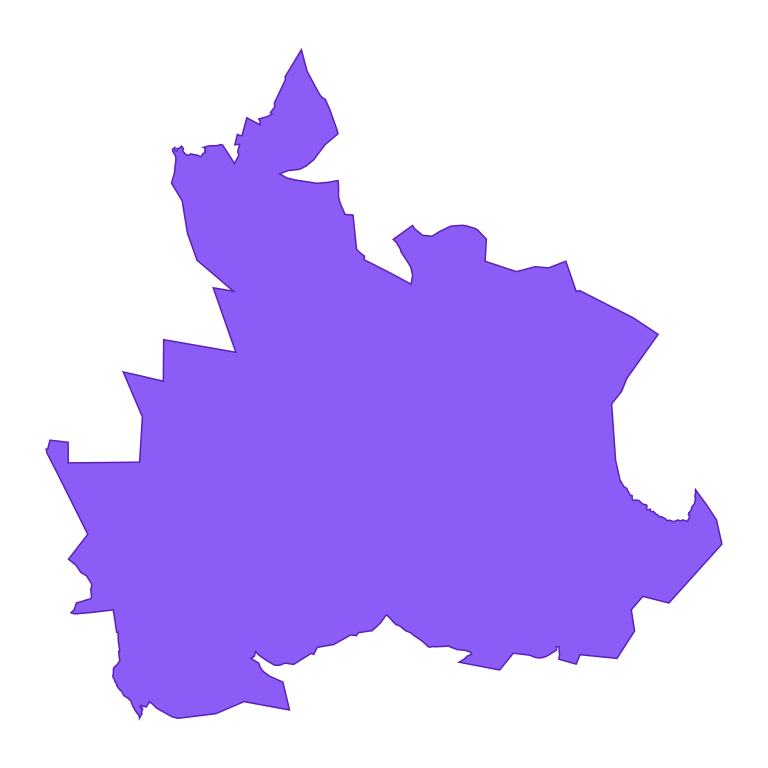 Zaragoza, San Luis Potosí, Mexico (Albers equal-area conic projection)
{"feature_id": "50627088B75959803312222", "entity_name": "Zaragoza", "entity_type": "district", "adm_level": 2, "iso_a3": "MEX", "parent_name": "Mexico", "parent_adm1": "San Luis Potosí", "projection": "albers", "projection_center": [-100.697, 22.039], "detail": "fine", "context": "isolated", "style": "filled", "palette": "violet", "viewbox_px": 768, "rotation_deg": 0, "n_neighbors": 0, "source": "geoboundaries", "source_scale": "gbopen_adm2", "svg_char_len": 6032}
<svg xmlns="http://www.w3.org/2000/svg" viewBox="0 0 768 768"><path d="M721.9,544.1L716.5,520.0L707.6,506.3L695.5,489.7L695.3,491.3L695.9,492.1L695.7,493.4L695.2,493.8L695.2,494.6L695.3,495.4L694.8,496.3L695.4,497.6L695.2,500.1L695.0,501.7L694.5,503.6L692.9,505.6L691.8,507.1L691.3,509.0L690.7,511.1L688.7,512.7L688.9,513.8L688.3,514.9L689.5,516.0L689.5,517.5L688.9,518.1L688.1,519.8L687.9,521.0L686.3,521.1L684.5,520.4L682.5,519.9L682.1,520.4L680.6,520.9L678.8,520.4L677.9,519.9L676.2,520.7L674.3,521.6L671.4,520.9L669.0,520.1L667.8,520.7L666.7,520.6L666.3,519.6L665.2,518.6L661.7,516.8L659.0,516.5L657.8,515.0L656.3,514.5L655.5,513.2L654.3,512.8L653.6,511.4L652.7,511.7L651.3,511.6L650.5,511.2L650.3,509.3L647.7,509.7L646.6,509.3L646.6,507.3L647.1,506.0L646.1,504.7L644.3,504.5L642.0,503.6L640.4,501.9L638.9,500.5L637.8,500.2L635.9,500.1L635.7,500.0L635.4,500.2L633.8,500.4L632.6,499.7L632.1,498.5L632.2,495.8L629.9,494.7L629.1,493.1L628.5,491.9L628.0,491.1L626.9,488.6L623.8,486.5L620.0,480.0L615.6,460.3L611.6,404.0L621.6,391.4L626.7,378.6L658.1,334.4L633.3,317.9L579.7,290.6L576.3,291.4L574.7,287.1L571.8,278.4L570.5,274.9L565.8,261.2L548.6,267.9L535.2,266.7L517.8,271.3L515.7,271.4L485.1,261.3L486.4,239.2L477.6,229.9L474.4,228.2L466.3,225.9L462.3,225.3L450.9,226.1L439.8,231.4L432.1,236.2L422.6,235.3L414.9,229.0L412.5,225.5L393.2,239.4L395.5,241.7L396.5,242.5L396.8,243.0L397.8,245.0L400.2,248.8L401.4,252.6L401.8,253.2L402.0,253.3L403.0,254.7L403.8,256.3L404.3,256.8L410.6,266.6L412.6,275.1L411.1,284.2L389.7,272.7L364.1,259.7L364.6,256.2L361.3,253.9L356.6,249.5L353.0,215.0L345.1,214.5L340.1,202.9L338.5,196.8L338.6,187.6L338.2,181.1L338.1,180.5L327.7,182.4L316.8,183.3L294.3,179.8L286.3,177.7L279.7,173.8L288.1,170.6L299.0,169.4L301.8,168.2L303.0,167.7L303.8,167.1L305.7,166.3L305.9,166.2L313.6,159.9L325.1,144.6L338.0,133.8L336.6,128.7L330.1,110.5L325.3,99.2L324.8,99.0L323.3,98.3L320.6,95.8L318.7,92.8L307.3,71.7L306.7,69.8L301.4,49.7L285.1,76.7L285.4,79.7L274.3,103.2L274.9,106.7L270.4,112.6L272.0,113.9L267.8,116.4L258.7,119.0L260.0,121.2L260.3,124.9L246.8,117.8L242.0,135.7L240.7,135.6L238.5,135.0L237.4,134.4L234.8,144.8L239.7,144.2L237.7,151.5L238.8,155.3L234.5,163.5L222.5,144.9L219.8,144.6L218.9,145.2L217.7,145.6L209.5,145.8L206.6,146.4L205.5,147.0L203.6,147.3L205.5,148.1L204.7,149.0L205.2,149.9L204.7,151.1L205.4,152.0L204.9,152.6L204.0,153.1L203.3,153.3L202.5,154.0L202.4,154.7L201.9,155.4L200.9,156.4L199.9,156.5L198.2,155.5L197.0,155.0L196.3,155.1L195.0,154.7L194.1,154.7L190.8,153.8L188.8,155.2L186.5,154.9L185.9,154.5L184.0,152.5L182.7,151.2L183.5,148.7L183.0,148.0L182.4,147.3L181.5,146.1L179.3,148.3L176.9,148.5L177.4,150.5L176.6,150.9L175.6,150.7L175.0,150.1L175.0,149.1L174.9,147.5L174.5,147.8L172.8,149.0L172.5,149.4L172.5,149.9L172.9,151.5L175.6,156.2L175.9,159.0L175.6,163.2L175.2,164.6L174.6,172.3L171.5,183.2L182.2,200.8L187.4,233.1L197.1,260.3L233.4,291.2L213.2,287.8L223.0,315.7L235.8,352.3L163.7,339.7L163.3,381.2L123.2,371.9L142.4,416.9L139.6,462.2L68.3,462.9L68.1,442.3L67.3,442.2L66.8,442.2L65.8,442.0L65.4,442.0L64.3,441.8L63.6,441.8L63.2,441.8L62.8,441.7L61.6,441.6L61.2,441.5L60.7,441.4L58.9,441.2L58.2,441.1L56.4,440.9L55.6,440.8L55.2,440.8L50.8,440.3L50.0,440.2L47.7,448.9L46.7,449.0L46.1,449.2L47.1,453.4L54.2,467.1L56.0,470.6L87.8,534.3L68.5,559.2L76.1,565.3L80.8,572.4L86.6,575.9L87.9,578.1L91.5,583.7L91.8,584.8L91.5,586.7L90.8,588.7L91.1,593.2L91.5,596.0L91.2,597.6L90.8,598.4L90.4,598.8L88.5,599.4L86.4,599.9L83.8,600.8L82.1,601.4L76.6,602.8L75.5,605.4L75.0,607.3L74.2,609.8L71.8,612.0L70.9,612.7L70.9,612.9L75.2,613.9L91.5,612.5L113.2,609.9L113.9,614.2L115.0,620.9L115.3,623.2L115.6,625.5L116.2,629.3L116.5,631.2L116.6,632.2L118.0,632.2L118.0,632.3L118.4,642.0L119.2,647.1L119.7,651.2L118.6,651.4L119.8,661.2L118.7,662.4L117.5,664.3L114.9,666.6L114.1,667.4L113.5,668.2L113.2,674.3L112.8,676.0L113.4,678.2L114.5,679.4L115.0,681.8L115.4,682.4L116.3,683.3L116.7,684.3L116.8,685.8L117.9,687.2L118.3,688.1L122.2,692.2L123.0,694.0L124.1,695.8L127.4,697.8L128.1,698.5L128.3,698.3L130.5,700.7L131.1,701.5L131.4,702.1L132.0,704.1L132.8,706.4L133.1,706.9L133.9,707.7L134.2,708.8L134.3,709.0L134.7,709.7L134.9,710.0L136.5,712.5L137.2,713.4L138.0,714.2L138.5,714.9L138.8,715.5L139.5,717.7L139.5,718.1L142.1,713.6L141.9,713.4L141.6,712.9L141.1,712.3L141.7,711.4L142.4,710.2L142.7,709.7L142.3,708.2L141.9,707.3L141.0,708.0L140.2,706.9L139.9,706.5L141.5,705.2L142.1,705.8L146.2,707.0L149.5,701.8L152.8,704.3L156.7,708.2L172.1,716.8L178.1,718.3L215.8,713.7L244.0,701.6L289.5,710.0L282.9,682.1L269.9,676.3L264.0,672.1L262.0,670.0L260.7,668.0L258.7,663.1L250.8,658.3L254.3,656.4L255.5,651.6L259.3,655.5L267.3,661.0L274.6,665.2L279.5,665.3L285.0,663.1L293.7,664.4L311.2,653.4L313.7,654.5L317.3,647.4L333.7,644.5L350.8,634.9L356.3,635.7L358.3,632.7L369.6,631.0L372.1,630.8L380.8,622.6L386.3,614.8L388.4,616.5L388.8,617.0L389.6,617.7L390.3,618.7L391.1,619.4L392.1,620.5L392.5,621.2L393.3,621.9L395.4,624.1L396.0,624.6L397.4,625.1L398.6,625.6L400.1,626.2L401.2,626.9L402.5,628.4L403.6,629.1L405.0,630.2L406.2,631.0L408.1,631.7L409.8,632.4L410.9,632.9L412.5,634.3L413.4,635.0L414.2,635.7L415.1,636.3L416.2,637.0L418.2,638.4L420.1,639.6L421.7,640.8L425.7,644.2L427.1,645.6L427.6,646.4L428.1,646.6L429.9,647.2L431.9,646.8L432.7,646.6L433.3,646.6L434.0,646.7L435.0,646.7L437.0,646.7L439.4,646.6L444.7,646.4L445.1,646.4L445.3,646.3L446.6,646.2L447.0,646.1L447.5,646.1L448.0,645.8L449.4,646.5L451.2,647.3L453.2,648.2L453.5,648.2L454.3,648.4L455.3,648.8L455.5,649.0L456.1,649.2L456.7,649.5L465.3,650.4L470.0,651.9L471.0,652.7L471.1,653.3L471.6,653.9L470.7,654.6L469.3,655.2L468.5,655.6L467.6,655.9L463.6,659.5L463.3,659.7L459.1,662.2L499.7,670.0L513.3,653.2L529.8,655.2L533.0,656.6L535.9,657.5L538.6,657.9L540.8,657.8L543.8,657.2L546.1,656.4L548.6,655.1L552.4,652.7L554.6,651.3L556.6,649.9L556.5,646.7L559.1,646.8L559.1,650.9L559.6,654.8L558.8,659.2L576.2,664.1L580.0,654.7L617.0,658.4L634.6,631.0L631.3,609.8L642.8,596.4L668.9,603.0L721.9,544.1Z" fill="#8b5cf6" stroke="#5b21b6" stroke-width="1.5"/></svg>